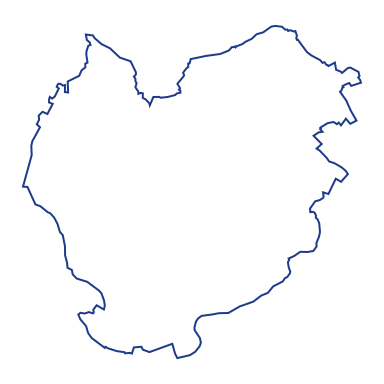 Navan Lea-7, Meath, Ireland
{"feature_id": "5873133B99485387457029", "entity_name": "Navan Lea-7", "entity_type": "district", "adm_level": 2, "iso_a3": "IRL", "parent_name": "Ireland", "parent_adm1": "Meath", "projection": "orthographic", "projection_center": [-6.698, 53.64], "detail": "fine", "context": "isolated", "style": "outline", "palette": "blue", "viewbox_px": 384, "rotation_deg": 0, "n_neighbors": 0, "source": "geoboundaries", "source_scale": "gbopen_adm2", "svg_char_len": 3045}
<svg xmlns="http://www.w3.org/2000/svg" viewBox="0 0 384 384"><path d="M359.5,76.1L358.5,71.9L350.1,67.5L347.8,68.1L342.0,73.0L340.7,71.6L336.1,69.8L334.9,62.6L328.4,66.1L327.7,65.1L326.4,64.9L324.8,62.5L323.9,62.2L322.6,62.9L320.1,60.1L311.3,55.4L306.9,52.0L297.8,39.7L296.8,39.8L296.3,37.9L296.9,35.6L295.4,31.1L294.2,31.6L290.3,30.2L288.1,31.0L287.4,29.5L285.3,29.7L282.1,26.8L275.5,25.9L271.3,26.6L263.1,32.4L256.6,34.2L251.6,38.9L245.6,41.7L242.3,44.1L236.5,46.3L235.7,47.3L235.2,46.4L233.7,47.2L232.0,47.0L228.7,50.6L220.1,54.0L205.6,56.0L190.7,59.1L189.6,63.3L188.2,63.5L188.3,67.0L186.6,68.1L183.1,72.7L184.1,75.1L183.6,76.3L177.4,83.8L180.0,88.2L179.0,89.9L180.3,90.5L180.4,92.7L176.7,93.5L175.3,95.0L167.6,97.0L160.7,97.7L159.0,96.9L153.4,97.0L149.8,105.3L149.3,103.3L145.8,99.5L142.8,97.9L142.8,93.3L140.6,92.9L138.4,93.9L138.2,91.4L135.4,87.3L136.6,83.2L135.4,81.0L135.4,78.7L133.9,76.6L135.9,74.6L135.9,72.2L130.6,61.3L119.9,57.6L110.0,48.3L101.5,44.1L94.4,37.9L93.0,35.5L85.9,34.5L86.8,39.9L89.8,42.5L90.5,45.0L88.3,45.7L86.5,51.2L86.3,54.6L87.5,62.6L85.3,63.6L85.3,67.4L81.7,70.2L79.2,75.8L67.7,81.5L68.1,92.5L64.9,92.1L65.0,85.1L62.9,85.6L60.6,83.9L58.4,83.8L57.8,84.4L56.7,86.8L58.8,88.4L54.8,96.5L52.1,98.6L49.9,96.9L49.2,98.5L49.0,102.4L52.7,103.9L47.4,114.0L42.5,111.8L38.7,115.6L39.1,119.8L36.8,124.3L40.0,127.2L32.3,141.3L31.3,145.8L31.7,155.1L23.0,186.6L27.5,187.0L35.4,204.4L40.5,206.3L47.7,212.2L50.3,213.3L54.1,217.5L57.5,223.9L59.9,231.9L62.8,235.2L65.0,246.5L65.1,255.4L67.1,262.9L67.5,267.8L71.9,270.0L72.7,274.4L76.6,278.5L87.2,281.8L99.0,290.6L101.4,293.3L104.0,300.3L104.8,305.5L103.9,309.5L96.6,305.3L93.2,309.9L93.8,312.1L93.1,313.4L88.8,312.1L84.7,313.5L80.4,312.8L78.3,314.5L80.4,319.4L86.1,326.1L88.1,333.0L90.4,336.3L92.0,338.3L104.8,347.9L105.5,346.8L108.0,348.3L116.8,351.1L124.5,352.2L125.0,353.3L129.9,352.9L131.9,353.6L133.9,347.4L141.4,346.8L142.9,349.7L149.5,352.1L172.3,343.8L175.1,353.7L177.3,358.1L190.1,355.1L195.2,351.8L199.6,346.4L200.9,342.7L199.9,338.0L194.7,330.3L194.4,327.7L196.0,321.5L198.1,318.5L201.5,315.9L213.4,314.3L218.7,313.2L228.3,313.0L239.8,306.4L253.4,301.6L261.2,295.6L267.8,292.9L273.2,286.4L282.8,281.4L285.1,278.0L287.3,277.0L290.0,273.2L290.3,271.6L288.8,267.7L287.9,262.2L289.3,259.7L288.6,258.5L294.0,256.1L300.3,251.8L307.5,252.0L313.3,251.0L316.6,246.5L316.4,243.0L318.9,237.0L320.0,232.1L319.2,223.2L317.5,219.1L315.8,217.8L316.0,215.6L314.7,212.8L313.1,211.9L310.3,212.1L310.1,208.5L315.2,201.3L319.7,200.1L323.0,198.0L323.6,197.0L323.1,192.4L328.4,194.0L335.8,178.7L341.0,181.8L347.9,174.1L345.8,170.9L341.5,167.3L334.4,163.2L329.1,161.4L326.6,157.8L319.5,150.4L316.6,148.6L321.7,144.0L313.6,135.8L318.6,132.4L322.5,131.8L320.1,129.2L320.9,128.6L320.4,127.6L327.7,123.1L333.6,122.0L336.9,124.2L338.8,122.6L341.0,125.4L345.9,118.7L350.3,123.8L356.5,120.6L350.7,110.5L346.3,100.6L340.0,91.7L341.5,90.5L342.3,87.7L343.4,87.3L342.7,86.0L345.1,84.7L349.2,83.0L351.2,85.9L361.0,82.7L360.1,79.9L358.2,77.5L359.5,76.1Z" fill="none" stroke="#1e3a8a" stroke-width="2"/></svg>